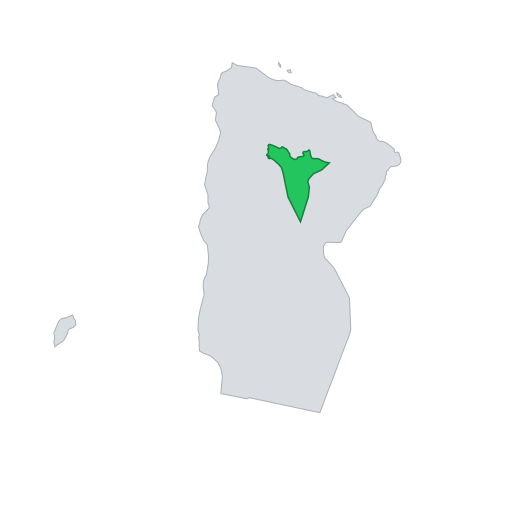 Ma'rib on a map of Yemen (Equal Earth projection), rotated 121°
{"feature_id": "YEM-337", "entity_name": "Ma'rib", "entity_type": "Governorate", "adm_level": 1, "iso_a3": "YEM", "parent_name": "Yemen", "parent_adm1": "", "projection": "equal_earth", "projection_center": [45.213, 15.324], "detail": "fine", "context": "in_parent", "style": "filled", "palette": "green", "viewbox_px": 512, "rotation_deg": 121, "n_neighbors": 0, "source": "natural_earth", "source_scale": "10m", "svg_char_len": 4264}
<svg xmlns="http://www.w3.org/2000/svg" viewBox="0 0 512 512"><g transform="rotate(121 256 256)"><path d="M392.1,215.3L377.0,222.5L373.0,225.7L369.4,229.6L366.8,234.6L365.0,243.3L366.5,251.2L366.4,255.5L362.5,258.3L358.9,260.4L354.8,263.5L352.4,264.2L350.4,266.7L348.0,268.4L339.6,272.9L330.3,276.4L315.6,280.6L310.0,285.1L304.8,288.2L296.9,289.1L286.1,293.4L280.2,296.9L272.7,302.5L271.1,304.2L269.8,308.4L267.5,311.9L263.0,317.8L259.7,320.8L257.4,320.9L253.0,322.6L247.8,322.9L239.1,320.9L236.9,322.3L235.1,324.6L228.4,328.6L221.5,336.6L216.5,338.7L208.5,341.3L202.8,344.6L199.0,345.9L194.1,346.6L185.0,346.3L176.4,347.5L168.5,349.8L164.8,354.1L160.5,360.9L153.5,363.7L151.9,366.1L149.7,371.1L145.2,372.4L141.1,373.3L136.9,371.1L129.1,377.1L126.1,378.1L121.6,378.4L118.4,379.6L116.0,379.3L113.2,376.9L107.1,374.0L102.6,375.9L102.3,370.2L94.9,352.7L96.5,337.5L96.5,335.3L95.1,328.6L90.7,322.4L90.8,314.5L89.4,308.9L88.2,303.1L88.6,301.6L88.7,300.2L86.5,291.3L85.8,289.5L85.5,287.7L86.2,286.3L86.2,284.6L85.0,281.9L83.8,276.7L77.8,272.7L79.1,268.9L80.2,270.2L81.8,271.3L82.1,268.9L82.1,267.0L79.7,255.5L83.5,240.2L82.3,226.5L88.0,220.9L89.4,219.2L90.2,217.8L91.5,214.6L93.4,213.6L94.0,210.3L94.0,208.6L92.8,207.2L91.9,203.4L92.3,198.5L92.6,196.5L93.2,192.7L95.1,191.4L95.6,190.3L94.1,187.9L94.2,186.5L97.6,182.6L98.9,181.4L101.1,180.2L102.8,180.2L104.7,180.9L106.5,182.0L108.2,184.0L109.9,186.3L112.7,187.1L114.5,186.9L116.1,187.9L117.3,187.4L118.8,186.2L121.1,186.3L123.3,184.9L129.2,184.3L135.0,184.7L141.0,183.6L147.0,183.7L153.1,183.8L154.4,183.9L155.7,184.6L160.8,188.1L164.7,188.8L172.5,189.8L180.8,190.8L188.0,191.7L194.1,190.9L199.2,190.2L200.6,190.3L202.1,192.5L205.2,197.8L208.0,202.9L213.1,203.2L216.3,201.3L219.9,198.6L222.0,196.5L224.5,188.3L226.1,182.9L229.8,176.9L232.9,171.9L237.0,165.3L239.3,161.6L243.8,154.3L248.1,151.5L256.3,146.1L264.4,140.7L269.7,137.2L274.2,135.6L281.8,134.3L290.7,132.7L299.5,131.1L309.0,129.3L319.5,127.4L326.8,126.1L336.0,124.5L343.6,123.1L350.4,121.8L357.4,120.6L358.8,124.6L360.2,128.6L361.6,132.6L363.0,136.6L364.4,140.7L365.7,144.7L367.1,148.7L368.5,152.7L369.9,156.7L371.3,160.8L372.7,164.8L374.0,168.8L375.4,172.9L376.8,176.9L378.2,180.9L379.6,185.0L381.0,188.9L383.1,190.2L384.4,193.9L386.3,199.3L388.2,204.6L390.1,209.9L392.1,215.3ZM414.7,378.4L416.6,378.9L419.4,377.5L427.6,377.3L437.4,381.9L435.6,383.1L434.5,384.7L430.2,386.2L425.9,389.7L413.5,391.4L409.8,390.5L406.8,387.1L401.1,382.7L403.3,379.9L403.8,378.6L404.6,377.3L407.7,375.2L410.9,375.6L414.7,378.4ZM81.5,324.0L81.1,324.8L80.6,324.7L78.7,322.5L80.8,320.1L81.9,322.3L81.5,324.0ZM75.8,269.8L74.8,270.7L74.6,269.1L75.2,265.6L76.2,264.5L76.8,267.2L76.4,268.6L75.8,269.8ZM80.5,334.9L78.5,336.1L79.9,332.9L81.3,332.2L81.7,332.3L80.5,334.9Z" fill="#d9dde1" stroke="#a8b0b8" stroke-width="1"/><path d="M162.2,250.4L165.6,250.0L169.5,245.7L178.6,241.5L203.8,235.5L189.0,258.9L171.3,275.1L167.1,279.7L166.5,281.4L166.3,282.3L165.6,284.0L165.3,285.6L165.4,286.3L165.2,286.8L164.8,287.2L164.9,287.5L164.9,288.0L164.7,289.1L164.5,290.3L164.5,292.6L164.7,293.7L165.1,294.3L165.8,294.8L165.6,296.1L165.3,296.4L164.9,296.7L164.6,296.5L164.4,296.1L164.2,295.8L163.9,295.7L163.7,296.2L163.6,296.7L164.2,298.0L164.2,298.7L163.7,299.0L163.0,298.8L162.2,298.5L161.1,298.6L160.1,299.3L159.3,299.7L158.7,299.8L158.4,300.2L158.6,300.6L158.4,301.0L157.1,300.6L156.6,300.9L156.3,301.4L155.1,302.5L154.1,302.5L153.5,302.1L153.2,301.3L152.9,300.4L152.8,299.6L152.5,298.6L152.5,297.3L152.2,296.0L152.0,293.9L151.9,292.6L151.8,291.5L151.2,290.7L150.4,290.1L148.8,289.7L148.8,287.2L148.9,286.6L148.9,285.8L148.7,285.5L148.5,285.3L148.6,284.9L148.9,284.5L149.2,283.7L149.6,282.8L149.9,282.3L150.2,281.8L150.6,280.7L150.8,280.1L151.3,279.6L152.8,278.7L153.2,277.7L153.6,276.5L153.5,275.5L153.6,274.7L153.5,273.8L153.2,272.4L152.7,271.7L151.7,271.1L150.4,271.0L149.3,270.6L148.5,269.7L147.5,268.3L146.2,266.9L145.7,266.7L145.2,266.6L144.6,267.1L144.2,267.8L143.8,268.7L142.8,269.1L141.8,268.6L140.8,267.0L139.8,265.9L139.1,265.6L138.4,265.5L137.9,265.3L137.8,264.6L138.4,263.9L142.0,260.6L142.8,259.5L143.4,257.9L142.8,256.6L140.8,253.4L140.4,251.5L140.4,248.7L139.8,244.9L138.4,241.1L148.5,244.1L155.8,249.1L162.2,250.4Z" fill="#22c55e" stroke="#15803d" stroke-width="1.5"/></g></svg>